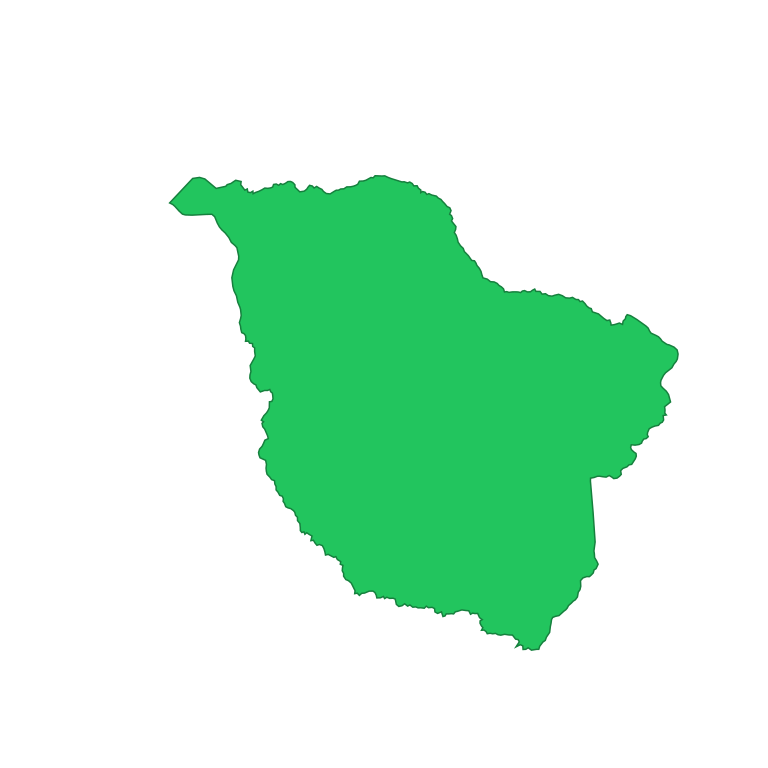 Vera, Mato Grosso, Brazil (orthographic projection), rotated 123°
{"feature_id": "56859067B46133140187933", "entity_name": "Vera", "entity_type": "district", "adm_level": 2, "iso_a3": "BRA", "parent_name": "Brazil", "parent_adm1": "Mato Grosso", "projection": "orthographic", "projection_center": [-55.349, -12.485], "detail": "fine", "context": "isolated", "style": "filled", "palette": "green", "viewbox_px": 768, "rotation_deg": 123, "n_neighbors": 0, "source": "geoboundaries", "source_scale": "gbopen_adm2", "svg_char_len": 6171}
<svg xmlns="http://www.w3.org/2000/svg" viewBox="0 0 768 768"><g transform="rotate(123 384 384)"><path d="M532.2,151.9L531.0,149.2L528.2,146.5L526.5,142.7L524.6,139.5L526.3,134.7L525.3,132.3L526.6,130.1L532.5,130.1L528.4,127.7L528.0,125.0L530.9,122.8L529.3,120.6L526.7,119.4L526.9,115.4L523.5,111.6L522.2,109.7L519.1,110.6L513.9,110.2L511.2,109.1L507.9,109.9L502.1,109.8L496.8,112.4L493.7,113.6L490.3,115.2L487.9,115.4L485.4,113.6L482.9,111.1L476.5,109.4L474.4,108.6L472.1,108.3L469.4,108.6L465.9,107.6L462.9,107.0L460.8,106.0L457.2,105.8L452.8,107.7L449.8,107.6L446.5,108.8L441.9,112.1L438.2,111.5L435.1,109.1L433.7,106.8L431.2,106.1L428.5,105.6L425.5,106.6L423.4,105.6L418.5,106.3L416.5,109.5L414.9,112.8L411.7,115.2L409.7,117.0L401.5,120.9L377.7,138.8L353.0,158.0L350.5,159.5L347.9,156.8L345.3,154.9L344.0,153.2L342.8,150.4L341.1,147.0L338.1,145.3L338.0,141.9L338.2,139.8L336.0,137.3L333.0,136.2L330.6,135.8L327.8,138.3L324.7,137.7L321.1,135.1L318.4,134.5L316.5,132.5L309.9,132.5L307.1,133.1L305.0,134.8L304.9,137.5L304.3,140.8L302.9,142.6L300.3,143.5L298.5,140.1L295.8,137.1L293.3,135.8L291.2,136.3L288.6,136.1L287.0,134.4L284.3,133.7L283.1,135.6L280.8,136.6L277.1,137.2L274.5,135.9L271.7,133.9L269.2,131.3L266.4,131.0L264.5,129.8L261.9,129.9L258.4,132.7L256.2,130.4L255.5,132.6L252.7,134.2L250.2,136.3L243.0,133.9L237.9,139.6L236.3,143.3L235.5,147.9L234.7,150.9L232.2,152.8L230.1,153.7L224.6,154.3L221.3,154.0L213.6,151.4L209.4,151.7L205.9,151.3L203.2,151.6L198.7,153.7L195.8,156.7L195.1,160.8L195.9,166.1L196.7,168.3L196.6,174.0L195.5,176.8L194.9,179.5L195.1,182.2L195.9,187.7L195.0,190.0L193.2,193.0L192.7,195.8L192.2,207.2L192.4,214.4L193.4,217.8L195.8,217.9L197.8,217.1L201.0,217.7L204.1,216.4L204.7,219.8L207.3,221.9L209.0,223.4L210.9,225.6L209.3,227.0L207.4,229.5L209.4,231.6L209.3,235.3L208.4,242.3L210.0,248.5L207.9,251.3L208.5,253.4L208.2,256.4L207.1,259.2L206.3,262.7L208.1,264.5L207.3,266.9L208.6,269.1L208.7,273.1L210.9,275.1L212.8,278.6L212.8,282.5L213.7,286.4L216.6,289.2L218.8,290.9L220.4,294.3L220.3,297.7L222.5,300.3L221.4,303.6L223.6,307.1L222.3,309.3L224.4,310.5L226.9,311.4L228.7,313.9L229.1,317.0L230.7,318.6L232.9,319.2L233.8,321.7L235.3,324.2L237.0,326.7L239.1,329.1L239.7,331.4L241.2,333.1L239.1,335.6L238.6,338.4L238.7,341.3L238.0,343.8L238.4,347.2L240.2,350.4L239.8,354.5L241.1,358.8L238.9,361.6L236.7,364.0L235.0,367.2L234.0,370.6L232.4,372.9L231.4,375.2L232.6,377.8L230.4,383.2L229.2,388.7L227.1,391.4L226.4,395.1L224.7,399.1L222.3,401.5L219.9,404.6L218.7,407.5L215.4,408.1L212.8,409.4L210.5,416.2L207.9,416.5L206.0,419.2L205.9,421.4L202.1,422.2L200.4,424.8L200.8,427.8L199.6,431.5L199.0,434.3L198.2,436.8L198.5,439.8L197.9,442.4L199.5,446.9L199.9,450.0L201.7,451.3L200.8,454.0L201.6,456.5L203.5,457.4L201.3,458.7L201.0,461.9L199.7,464.2L201.6,466.9L200.5,469.5L200.6,472.4L202.5,473.8L203.4,477.2L204.8,479.1L207.8,489.8L208.5,493.0L209.0,496.7L210.7,499.0L214.2,504.9L217.0,505.4L217.9,507.4L222.9,510.1L225.1,512.0L227.3,515.1L230.8,514.8L232.8,515.9L234.8,517.4L236.9,519.5L239.0,522.6L242.2,524.0L244.0,526.5L246.3,527.8L247.5,529.6L249.4,530.6L253.9,532.7L255.7,536.2L255.5,539.6L254.6,542.1L255.0,545.3L255.0,548.1L257.7,549.4L257.0,551.9L257.9,554.6L260.3,554.9L262.7,554.9L265.7,555.9L268.7,559.3L267.5,565.7L265.4,567.3L264.7,570.3L265.0,572.6L266.5,574.8L269.4,576.0L271.8,577.5L272.3,579.9L274.7,580.5L275.0,583.3L276.8,585.3L279.5,584.6L281.4,586.0L283.2,588.0L284.6,590.7L287.5,592.1L290.7,594.0L293.2,596.0L295.7,597.4L293.7,599.0L296.2,600.2L297.2,602.7L294.9,604.9L297.2,606.3L294.9,612.7L292.0,614.1L293.9,619.3L296.8,620.6L299.1,621.5L302.2,624.1L304.4,624.4L311.4,631.3L309.6,645.9L311.2,651.2L315.8,656.4L348.9,662.4L348.5,658.9L348.9,656.1L350.6,649.9L351.3,645.6L350.4,642.7L346.9,636.9L338.6,625.5L335.4,620.8L335.9,617.1L339.8,611.5L341.9,607.6L343.1,603.8L343.8,599.5L345.7,593.8L348.4,589.1L349.0,584.4L349.8,581.6L356.0,575.4L359.1,573.6L370.2,572.3L377.7,569.5L384.5,563.9L387.5,560.6L390.4,555.8L395.1,551.1L398.2,546.5L399.7,544.8L404.3,541.1L407.2,539.9L411.3,538.7L413.6,535.9L415.9,534.0L418.4,531.3L418.0,528.8L418.8,526.5L421.4,524.4L423.6,523.4L421.9,521.0L423.0,519.0L421.7,516.3L424.0,514.6L424.1,512.2L427.2,510.2L430.6,507.2L433.9,506.8L441.4,506.3L446.0,502.4L449.4,501.3L452.2,499.7L454.3,496.7L454.8,493.3L454.5,490.9L456.3,488.7L458.0,483.4L454.5,480.7L452.9,478.2L450.8,476.8L452.2,474.8L452.4,472.7L454.7,470.7L456.9,469.0L459.7,468.6L461.3,470.4L466.5,467.2L469.4,466.8L472.2,466.8L476.1,467.5L481.2,467.2L481.3,464.4L483.4,464.9L485.9,462.4L486.8,459.5L490.8,453.5L492.8,451.3L496.0,453.3L499.4,452.7L502.7,452.3L506.3,452.9L509.8,451.9L511.6,450.2L513.4,447.8L512.5,441.7L515.4,438.8L518.8,437.1L521.3,435.1L523.4,432.9L524.3,429.0L525.4,426.2L524.7,423.2L527.3,421.1L528.8,418.6L531.6,416.8L532.4,414.1L534.2,410.8L533.5,408.3L535.0,405.9L537.4,404.7L538.2,402.6L540.4,399.6L540.2,397.2L539.3,394.3L539.5,390.9L540.2,388.9L542.3,386.7L542.9,384.0L545.7,382.1L546.8,378.6L550.0,376.0L552.5,374.3L553.3,372.0L551.6,370.6L553.1,368.5L550.8,367.8L550.9,365.0L550.7,361.6L555.2,360.0L553.5,358.1L555.0,355.0L555.8,352.4L553.8,350.8L553.1,347.7L554.8,344.7L557.1,342.0L559.3,339.9L557.3,338.0L556.7,331.7L555.0,330.4L556.6,327.5L556.5,323.6L559.0,322.5L558.5,319.7L561.0,318.6L563.4,317.3L564.8,314.7L567.2,313.2L568.8,309.5L568.3,306.7L568.8,303.0L573.1,295.7L575.8,294.4L574.0,292.5L574.7,289.5L571.7,288.7L569.9,286.4L565.8,283.6L563.7,280.5L563.8,278.1L565.4,275.4L567.3,273.5L565.2,270.5L562.5,268.8L563.6,266.6L561.3,265.5L560.7,262.5L558.7,259.7L558.3,257.4L562.1,253.6L562.5,250.4L560.1,248.1L557.1,247.0L557.4,243.2L555.2,241.9L555.5,238.3L553.6,235.9L553.2,233.5L551.6,231.2L550.1,228.1L547.3,227.5L547.4,224.9L545.1,222.0L544.8,219.3L547.4,217.1L547.2,214.1L543.8,211.7L546.9,207.9L545.3,206.5L542.9,206.6L541.5,204.4L539.9,202.4L538.9,200.4L536.2,200.1L534.7,198.6L531.1,195.7L529.4,192.0L528.0,189.4L530.0,186.0L527.9,184.9L527.0,182.7L525.4,180.5L527.9,176.6L528.1,173.3L530.3,174.4L532.3,173.2L533.7,170.8L534.5,168.4L537.4,168.1L535.9,166.1L536.0,163.6L537.2,161.4L535.3,159.3L534.3,156.8L532.4,154.6L532.2,151.9Z" fill="#22c55e" stroke="#15803d" stroke-width="1.5"/></g></svg>